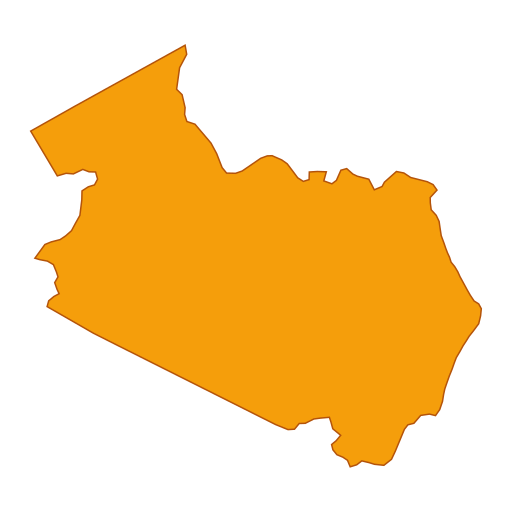 Goiana, Pernambuco, Brazil
{"feature_id": "56859067B6453110180727", "entity_name": "Goiana", "entity_type": "district", "adm_level": 2, "iso_a3": "BRA", "parent_name": "Brazil", "parent_adm1": "Pernambuco", "projection": "mercator", "projection_center": [-34.921, -7.588], "detail": "fine", "context": "isolated", "style": "filled", "palette": "amber", "viewbox_px": 512, "rotation_deg": 0, "n_neighbors": 0, "source": "geoboundaries", "source_scale": "gbopen_adm2", "svg_char_len": 1893}
<svg xmlns="http://www.w3.org/2000/svg" viewBox="0 0 512 512"><path d="M185.1,107.7L182.1,94.7L176.6,89.3L179.6,67.7L186.7,54.3L185.1,45.2L74.7,106.3L30.7,131.1L57.3,175.9L66.1,173.3L73.4,173.9L82.8,169.4L89.0,171.8L95.6,172.0L97.6,179.1L94.5,184.9L88.3,186.8L82.0,190.9L81.8,199.9L80.7,208.9L79.9,215.4L75.5,223.2L71.5,230.7L65.6,235.9L60.1,239.6L51.2,241.9L44.9,244.5L34.9,258.2L39.6,259.6L47.4,261.1L53.4,264.6L56.4,271.9L58.0,276.9L54.7,282.6L57.0,289.2L59.1,293.7L53.9,296.5L48.7,300.8L47.1,306.6L93.4,333.2L117.4,345.3L275.7,424.6L288.0,429.6L294.5,429.2L299.2,423.5L305.3,423.3L313.8,419.0L320.3,418.1L329.4,417.3L331.0,422.2L332.8,428.8L340.7,435.3L336.0,440.9L331.6,444.5L332.9,449.8L336.9,454.7L342.9,457.2L347.5,460.3L350.2,466.8L356.7,464.8L361.8,460.9L369.0,462.6L374.5,464.3L383.9,465.3L391.5,459.3L395.3,451.2L404.4,429.3L407.9,424.8L413.9,423.3L420.7,415.4L429.5,414.1L435.5,415.6L439.7,409.6L442.5,401.4L443.6,394.4L444.8,388.9L447.0,382.5L449.3,376.0L452.1,369.1L454.2,363.1L456.3,357.6L460.2,351.0L463.1,345.7L466.2,341.0L469.1,336.3L473.3,331.0L478.7,323.7L480.6,315.8L481.3,308.7L478.7,303.9L474.1,301.0L470.3,295.3L467.3,290.1L463.4,282.9L460.0,276.7L457.8,271.8L454.7,266.6L451.1,262.2L449.5,257.2L447.5,252.9L445.7,248.2L444.0,243.2L441.2,235.6L440.0,227.7L439.1,221.4L436.2,215.3L431.2,209.8L430.3,202.8L430.2,197.5L437.0,190.1L433.1,184.6L427.2,181.7L410.7,177.5L403.9,173.0L396.4,171.5L384.4,182.2L382.1,186.5L374.3,189.8L368.8,179.2L357.3,176.2L352.9,174.1L346.7,168.6L340.9,170.2L336.4,180.4L331.9,183.8L323.8,180.9L326.3,171.8L317.3,171.5L309.3,172.0L309.1,179.6L303.3,181.4L297.7,177.8L294.0,172.8L287.2,163.8L281.7,159.9L272.1,155.7L267.2,155.9L260.7,158.3L242.2,171.0L235.6,173.3L226.6,173.1L222.1,167.6L216.7,153.7L211.0,143.1L205.5,136.6L199.2,129.2L195.0,124.2L186.9,121.5L184.6,114.5L185.1,107.7Z" fill="#f59e0b" stroke="#b45309" stroke-width="1.5"/></svg>